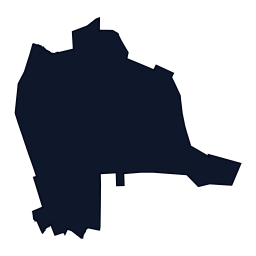 outline of Lusaka, Lusaka, Zambia
{"feature_id": "96606910B10621059217070", "entity_name": "Lusaka", "entity_type": "district", "adm_level": 2, "iso_a3": "ZMB", "parent_name": "Zambia", "parent_adm1": "Lusaka", "projection": "robinson", "projection_center": [28.258, -15.427], "detail": "fine", "context": "isolated", "style": "filled", "palette": "ink", "viewbox_px": 256, "rotation_deg": 0, "n_neighbors": 0, "source": "geoboundaries", "source_scale": "gbopen_adm2", "svg_char_len": 3318}
<svg xmlns="http://www.w3.org/2000/svg" viewBox="0 0 256 256"><path d="M33.1,43.7L32.3,46.8L30.4,53.6L30.2,54.3L24.6,71.9L18.4,83.8L18.0,88.1L15.4,113.0L16.0,115.1L18.2,122.1L20.0,127.3L20.9,130.1L21.1,130.5L22.8,135.6L26.7,147.2L28.3,151.9L28.8,153.4L33.1,165.6L34.1,168.5L36.8,176.6L33.7,177.4L34.3,179.4L35.9,184.4L39.9,197.5L42.4,205.6L42.9,207.2L32.7,211.5L33.1,212.7L33.1,213.6L33.4,215.0L33.5,216.6L33.7,217.4L33.7,218.1L33.9,218.8L34.1,219.4L35.2,219.8L35.2,220.8L37.2,220.5L37.2,220.8L37.3,221.4L37.8,222.5L39.6,226.7L41.0,229.9L42.4,232.9L42.8,232.6L42.9,232.4L43.2,232.2L43.3,231.9L43.5,231.6L43.7,231.4L43.8,231.2L43.7,230.9L43.8,230.7L44.1,230.7L44.4,230.5L44.6,230.4L44.9,230.1L44.8,229.7L44.5,229.3L44.6,229.0L45.1,228.8L45.6,228.4L46.1,227.7L46.3,227.5L46.7,227.4L47.1,227.1L47.5,226.8L48.3,226.5L48.8,226.5L49.0,226.2L49.7,225.6L50.1,225.2L50.5,224.8L50.8,224.2L52.7,229.0L55.0,235.0L63.8,232.1L64.9,234.2L67.3,229.0L67.3,228.9L69.7,229.8L71.9,230.6L81.4,238.0L82.6,237.9L82.8,235.7L83.8,233.4L85.0,231.8L85.2,231.3L85.5,229.8L85.7,229.5L86.1,229.2L86.5,228.8L87.0,228.4L87.5,227.5L98.7,229.8L99.4,229.9L99.8,226.6L100.0,212.9L100.3,183.7L100.0,173.5L102.2,173.4L104.7,173.2L109.1,173.0L113.8,172.7L116.4,172.5L116.6,177.6L116.8,185.5L120.4,185.4L123.9,185.3L123.6,177.0L123.5,173.4L140.7,172.0L153.5,172.0L186.9,174.5L191.0,178.7L198.4,186.3L199.2,186.1L209.6,183.6L231.6,185.0L239.0,167.4L240.6,163.6L208.5,154.7L208.9,156.8L190.5,146.2L188.7,140.2L186.0,131.4L185.2,128.3L184.7,126.9L181.9,113.0L181.0,104.9L180.4,100.3L180.0,95.6L174.9,84.6L174.2,83.1L173.4,81.5L173.3,81.4L172.8,80.3L171.8,78.3L171.6,78.0L171.3,77.7L171.8,76.3L171.8,76.2L172.2,75.4L173.3,73.3L173.1,73.2L156.2,65.4L153.9,70.1L152.9,69.7L150.2,68.5L126.6,58.7L127.9,52.5L124.7,47.2L123.0,44.3L121.1,41.0L118.6,36.1L117.9,33.7L112.7,30.7L110.0,30.6L101.0,30.5L99.1,30.5L99.3,18.0L96.2,19.2L92.4,22.2L89.3,24.6L87.5,26.0L86.0,26.7L85.2,27.0L72.6,31.7L72.7,33.9L73.5,47.8L73.6,49.3L72.6,49.5L58.8,52.8L57.7,52.4L56.2,52.9L55.1,53.5L54.9,53.6L54.7,53.7L54.5,53.8L54.4,53.8L53.8,53.9L53.7,53.8L53.7,53.7L53.4,53.7L53.2,53.7L53.0,53.9L52.9,54.0L52.7,53.9L52.3,53.9L52.1,53.9L51.9,53.7L51.7,53.6L51.4,53.5L51.5,53.4L51.4,53.4L51.2,53.4L51.0,53.2L50.9,53.1L50.5,53.0L50.4,53.0L50.3,52.7L50.1,52.7L50.0,52.8L49.9,52.8L49.7,52.8L49.7,52.5L49.6,52.4L49.6,52.2L49.5,51.9L49.4,51.9L49.2,51.8L48.9,52.0L48.9,51.9L48.8,51.7L48.7,51.6L48.3,51.5L48.3,51.4L48.2,51.4L47.9,51.4L47.7,51.2L47.6,50.9L47.4,51.0L47.1,51.0L47.0,50.9L46.9,50.9L46.8,50.7L46.5,50.6L46.4,50.6L46.2,50.5L46.2,50.4L46.1,50.2L45.9,50.0L45.7,49.7L45.6,49.8L45.4,49.9L45.2,49.9L45.0,49.7L44.8,49.6L44.7,49.5L44.7,49.4L44.7,49.2L44.7,48.9L44.4,48.7L44.1,48.4L44.0,48.1L43.9,48.0L43.7,48.1L43.4,47.9L43.3,47.6L43.3,47.3L43.2,47.3L42.4,47.3L42.2,47.2L41.7,47.2L41.2,46.9L41.0,46.7L41.0,46.4L40.7,46.3L40.5,46.2L40.6,45.9L40.1,45.8L39.9,45.8L39.7,45.9L39.6,46.0L39.5,45.9L39.3,45.6L39.2,45.6L39.1,45.4L38.7,45.2L38.3,45.0L38.2,45.1L38.0,45.3L38.0,45.6L37.9,45.8L37.7,45.7L37.5,45.4L37.4,45.3L37.3,45.2L37.2,45.0L36.9,45.0L36.7,45.0L36.4,45.2L36.2,45.3L36.0,45.2L35.9,45.1L35.9,44.9L35.7,44.9L35.4,44.9L35.2,44.8L35.0,44.7L34.8,44.8L34.7,44.8L34.6,44.7L34.6,44.2L33.7,44.2L33.4,44.0L33.4,43.9L33.1,43.8L33.1,43.7L33.1,43.7Z" fill="#0f172a" stroke="#020617" stroke-width="1.5"/></svg>